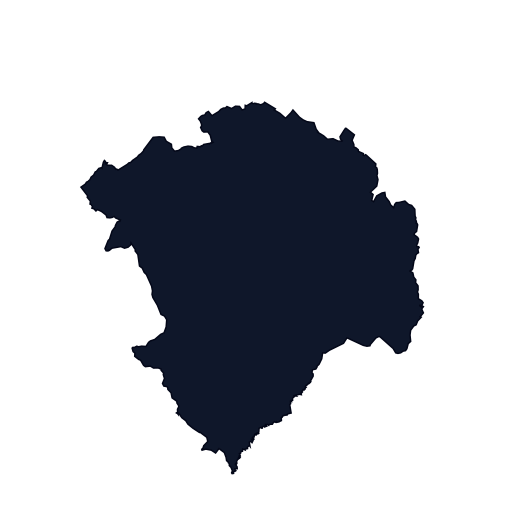 outline of Castleisland Lea-4, Kerry, Ireland, rotated 55°
{"feature_id": "5873133B10619392934553", "entity_name": "Castleisland Lea-4", "entity_type": "district", "adm_level": 2, "iso_a3": "IRL", "parent_name": "Ireland", "parent_adm1": "Kerry", "projection": "mercator", "projection_center": [-9.401, 52.23], "detail": "fine", "context": "isolated", "style": "filled", "palette": "ink", "viewbox_px": 512, "rotation_deg": 55, "n_neighbors": 0, "source": "geoboundaries", "source_scale": "gbopen_adm2", "svg_char_len": 6133}
<svg xmlns="http://www.w3.org/2000/svg" viewBox="0 0 512 512"><g transform="rotate(55 256 256)"><path d="M414.7,178.3L409.1,175.2L405.5,171.9L403.8,166.9L404.2,164.3L401.9,160.8L400.9,155.8L399.9,156.3L398.6,151.5L394.9,150.8L394.1,149.9L393.5,147.9L391.8,148.6L392.5,150.0L390.7,150.3L390.4,149.8L391.6,148.6L390.1,145.9L387.8,145.9L384.1,147.5L380.4,144.9L378.1,144.4L376.7,142.6L373.4,140.4L369.4,140.6L367.2,138.7L363.8,138.9L359.8,137.2L356.7,138.5L356.4,137.9L356.9,136.5L356.3,135.0L350.6,129.4L349.3,126.9L347.0,124.7L346.4,123.2L346.5,121.0L343.5,119.6L342.5,117.4L341.6,117.5L340.6,118.9L339.1,118.0L338.1,116.1L335.3,113.1L333.4,112.9L329.2,114.3L328.2,113.0L328.0,110.4L323.2,105.7L321.4,105.4L321.0,106.0L319.5,104.7L317.7,104.5L316.4,103.1L314.6,102.8L308.8,99.1L303.8,99.5L301.4,101.4L296.4,102.5L294.2,108.1L292.7,110.5L293.3,112.8L295.4,115.5L291.4,116.4L287.8,115.7L281.8,116.0L277.8,114.0L276.6,116.7L276.0,122.6L278.9,128.5L276.9,129.4L272.8,124.8L269.3,125.7L268.0,117.0L263.4,112.3L259.4,110.8L258.0,109.1L254.8,107.1L253.1,106.5L251.5,107.0L249.3,105.0L236.6,107.8L235.8,108.2L235.7,109.9L234.9,110.4L233.7,109.3L229.1,112.1L227.6,111.3L224.6,112.1L222.9,113.3L220.8,111.9L216.3,110.9L213.2,105.9L203.0,109.0L202.7,109.5L203.6,111.9L206.5,118.8L208.7,119.7L211.1,119.4L211.1,119.9L209.0,122.8L204.1,125.6L201.4,130.5L196.3,131.7L190.2,134.4L190.2,133.9L186.7,134.0L180.0,132.1L175.2,137.2L171.6,139.3L167.3,140.8L157.6,142.0L158.7,145.2L160.1,152.8L152.8,154.6L146.9,157.3L146.5,155.7L135.0,160.8L135.5,162.3L134.9,165.4L132.4,167.2L131.8,168.6L131.1,168.4L129.9,169.8L129.8,170.8L128.5,171.8L128.0,171.4L127.6,177.5L126.4,178.4L129.3,180.6L128.3,183.6L124.0,183.7L121.5,186.9L121.2,191.4L116.9,194.1L117.2,196.1L116.1,197.9L115.7,200.7L116.3,203.7L115.8,211.6L110.3,212.1L110.0,214.6L111.1,217.1L110.1,219.4L110.0,221.2L110.7,224.4L113.4,224.2L116.7,225.0L118.3,226.0L118.9,227.6L122.5,228.3L124.5,227.7L126.7,224.3L130.8,224.2L136.8,226.5L138.2,225.9L138.0,228.1L137.4,228.0L137.4,229.8L137.0,229.7L134.6,234.9L135.1,237.0L134.3,237.6L134.7,238.8L132.5,241.3L133.7,242.7L131.9,244.6L129.5,245.8L127.0,248.7L125.3,252.7L124.9,255.3L125.3,256.1L125.1,259.1L123.4,262.6L119.2,263.0L115.9,261.2L110.6,263.7L106.0,263.1L102.9,266.9L99.8,272.2L104.6,286.9L105.5,288.1L106.2,291.5L106.2,294.4L106.9,296.3L106.9,302.2L107.5,305.1L106.8,306.6L107.1,309.0L106.5,319.8L104.9,320.2L104.6,321.1L102.2,321.0L98.9,322.2L96.3,325.8L95.1,325.6L94.4,324.2L93.6,325.1L94.4,326.0L94.1,326.5L92.1,325.1L90.8,325.4L91.6,327.2L95.8,331.9L94.9,332.2L94.1,334.5L95.2,338.3L94.9,339.4L96.6,342.6L96.8,345.8L98.2,348.2L98.6,351.0L98.3,352.5L99.2,354.6L99.2,359.9L110.1,359.4L111.1,360.6L116.0,360.2L118.3,362.2L119.2,361.5L121.7,361.6L122.7,363.0L124.4,361.7L127.3,361.3L127.1,359.2L130.9,357.0L136.4,355.3L139.1,356.0L141.0,353.7L141.9,351.7L142.2,349.5L144.3,349.2L148.8,346.4L149.5,347.7L148.8,348.3L148.6,350.3L150.4,353.7L151.2,354.3L153.0,359.6L158.2,366.3L158.5,368.2L163.3,375.5L165.8,375.8L167.0,374.3L166.5,373.7L167.3,373.0L167.0,369.5L170.8,361.3L174.2,359.2L175.4,355.7L175.0,352.3L173.6,350.9L181.8,351.2L182.5,352.1L187.0,351.9L197.4,357.2L200.7,356.1L205.3,357.0L208.3,356.4L220.8,358.8L225.2,360.8L227.8,363.2L230.9,364.3L239.7,365.0L249.4,367.3L252.7,365.4L257.0,365.7L262.6,370.3L266.2,375.4L265.5,379.0L266.3,386.8L265.0,391.2L265.1,393.5L267.0,398.0L264.2,401.5L263.0,404.3L261.5,405.4L261.2,408.0L260.2,409.3L260.4,410.3L263.8,411.5L266.1,410.9L268.6,412.9L273.5,411.4L275.1,410.3L281.1,410.8L283.2,410.1L285.6,405.7L289.0,404.2L291.7,400.2L294.3,398.6L295.3,399.3L298.8,398.8L300.0,400.0L303.8,401.2L306.8,405.7L309.7,406.1L311.8,404.0L313.1,403.8L314.8,404.7L319.3,404.0L324.1,406.1L329.5,404.2L331.2,405.1L334.2,405.2L335.2,405.8L336.5,408.2L338.8,409.7L339.1,410.4L338.6,411.8L339.4,410.7L340.9,410.6L339.5,409.9L340.2,409.4L345.9,409.5L350.7,408.0L354.7,408.2L361.0,406.4L368.0,403.6L367.8,403.1L376.3,400.3L380.3,401.9L381.4,407.6L383.0,409.7L383.2,411.3L384.1,411.6L385.4,407.9L389.4,404.0L394.2,402.1L392.5,396.8L398.8,394.7L403.8,396.0L406.8,397.5L408.8,396.8L409.4,397.3L410.6,396.9L412.4,398.1L414.8,397.7L417.8,398.4L419.3,398.9L419.1,399.8L419.7,400.4L420.6,400.4L421.2,399.1L419.7,398.5L420.3,397.0L420.3,395.7L419.0,396.0L418.2,395.3L419.5,393.4L417.8,392.4L414.7,392.3L414.4,391.8L415.4,391.7L414.9,390.6L413.1,389.7L412.2,387.9L412.2,385.4L411.7,384.1L411.3,384.1L411.6,385.5L411.2,386.0L410.0,384.3L410.2,383.3L408.3,382.9L408.7,381.7L407.5,380.4L408.2,379.1L406.4,377.6L408.4,376.3L407.8,376.2L408.9,373.4L407.8,372.9L407.3,370.2L408.5,370.1L404.7,368.3L404.9,366.5L406.6,366.3L405.6,364.5L404.4,364.6L405.1,364.0L404.8,362.7L403.7,362.9L403.7,363.9L402.7,363.1L402.6,362.2L403.2,361.5L401.3,359.4L401.4,358.2L402.2,359.0L402.7,358.7L402.5,357.8L401.5,357.5L401.7,356.4L402.8,356.3L402.8,355.5L402.1,355.6L401.8,354.7L398.9,352.3L399.1,350.5L400.2,350.2L400.9,349.1L400.1,349.7L399.6,349.1L399.6,347.8L401.0,347.0L399.9,345.5L401.2,345.9L401.6,344.8L400.0,344.5L400.3,343.3L402.1,342.7L401.6,341.7L403.2,339.0L402.5,337.7L402.3,335.8L403.2,335.6L403.3,334.4L404.0,334.7L405.1,332.2L404.4,330.7L405.1,331.3L405.4,329.6L402.9,328.0L403.1,327.1L402.2,325.6L402.8,324.9L402.6,324.1L403.7,322.6L403.5,322.1L404.1,321.5L403.5,320.6L404.8,317.3L397.0,313.6L396.9,312.4L394.9,311.2L395.6,310.4L394.6,310.1L395.2,308.8L393.4,307.6L393.2,305.3L392.4,305.1L393.9,303.2L392.8,303.4L394.3,299.6L395.6,298.4L394.5,297.9L394.2,296.7L393.7,297.3L393.3,297.0L393.4,295.9L393.0,295.6L393.2,295.1L392.5,294.1L393.3,293.5L392.7,292.8L393.1,292.0L392.3,291.6L392.3,290.3L391.3,290.5L390.6,289.2L391.1,288.6L390.5,287.4L390.9,286.3L390.3,285.9L390.8,285.3L390.7,284.0L390.3,283.1L389.7,283.2L387.2,278.1L385.4,276.9L383.6,277.1L381.6,275.0L382.9,271.8L381.9,269.6L381.3,269.3L380.9,266.5L377.9,261.1L373.6,257.0L375.3,254.9L375.3,249.9L377.7,234.4L375.2,228.4L390.7,219.4L393.5,216.9L394.9,214.2L394.0,212.9L391.9,204.8L392.3,202.0L393.1,200.8L410.4,196.7L415.5,197.1L417.2,195.6L418.3,193.0L418.3,190.1L419.3,187.8L418.5,185.6L415.1,181.6L414.7,178.3Z" fill="#0f172a" stroke="#020617" stroke-width="1.5"/></g></svg>